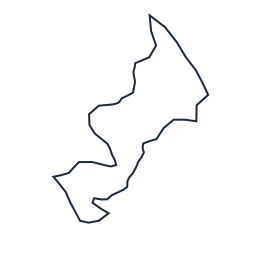 SVG path tracing the border of Şamaxı, rotated 37°
{"feature_id": "AZE-1716", "entity_name": "Şamaxı", "entity_type": "District", "adm_level": 1, "iso_a3": "AZE", "parent_name": "Azerbaijan", "parent_adm1": "", "projection": "natural_earth1", "projection_center": [48.613, 40.608], "detail": "fine", "context": "isolated", "style": "outline", "palette": "slate", "viewbox_px": 256, "rotation_deg": 37, "n_neighbors": 0, "source": "natural_earth", "source_scale": "10m", "svg_char_len": 1012}
<svg xmlns="http://www.w3.org/2000/svg" viewBox="0 0 256 256"><g transform="rotate(37 128 128)"><path d="M163.8,207.8L160.6,219.5L153.6,227.2L145.7,231.0L137.4,227.1L127.0,222.4L117.1,216.7L107.5,214.1L97.8,211.8L103.1,205.8L107.8,199.5L108.5,192.1L109.3,184.8L119.9,176.7L132.2,171.5L137.2,169.2L140.9,164.7L136.8,161.6L131.5,159.1L126.5,155.6L121.3,153.0L112.9,152.7L104.6,152.4L95.4,148.8L88.6,140.4L91.2,127.8L101.7,118.3L103.7,115.8L105.3,113.2L105.3,110.2L105.1,108.0L108.2,102.3L110.7,96.7L106.1,87.2L98.6,80.0L97.0,75.9L94.8,71.8L102.4,58.7L100.8,45.2L88.1,36.7L77.5,25.0L97.0,25.2L115.8,30.3L131.5,36.6L147.6,41.1L160.0,46.9L172.1,53.3L169.1,68.5L178.5,81.5L168.5,87.1L159.5,93.8L156.5,106.5L157.4,119.8L153.1,125.5L149.5,131.3L151.7,135.2L155.4,138.0L156.4,143.1L156.5,148.7L158.2,155.0L159.1,161.5L158.7,166.8L159.8,171.2L162.8,175.5L161.3,180.5L158.5,185.8L155.6,191.2L154.3,197.4L150.0,200.9L143.2,204.5L144.7,209.1L154.1,208.8L163.8,207.8Z" fill="none" stroke="#1e293b" stroke-width="2"/></g></svg>